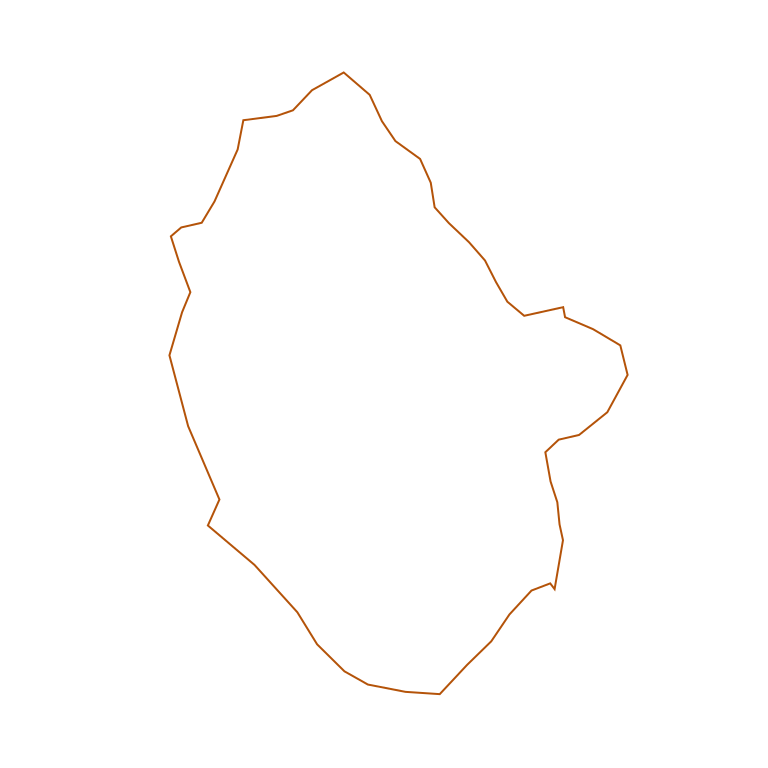 the district of Gurye-gun, South Jeolla, South Korea, rotated 191°
{"feature_id": "91817680B46219646335198", "entity_name": "Gurye-gun", "entity_type": "district", "adm_level": 2, "iso_a3": "KOR", "parent_name": "South Korea", "parent_adm1": "South Jeolla", "projection": "mercator", "projection_center": [127.492, 35.226], "detail": "fine", "context": "isolated", "style": "outline", "palette": "amber", "viewbox_px": 768, "rotation_deg": 191, "n_neighbors": 0, "source": "geoboundaries", "source_scale": "gbopen_adm2", "svg_char_len": 846}
<svg xmlns="http://www.w3.org/2000/svg" viewBox="0 0 768 768"><g transform="rotate(191 384 384)"><path d="M177.4,215.2L178.5,264.8L184.9,279.7L191.3,301.0L201.9,320.1L212.6,347.8L201.9,362.7L182.8,371.2L159.4,398.9L146.6,439.4L159.4,467.0L189.2,477.7L219.0,484.1L222.8,493.6L259.4,477.7L278.6,488.3L293.5,505.4L308.4,524.5L327.6,539.4L351.0,554.3L368.0,567.1L376.5,590.5L391.5,611.8L419.1,624.6L436.2,641.6L439.8,646.6L453.2,665.1L483.0,682.1L510.7,658.7L525.6,635.3L540.5,626.7L572.4,616.1L572.4,586.3L585.2,530.9L593.7,507.5L612.9,499.0L621.4,488.3L608.6,464.9L591.6,437.2L595.9,415.9L600.1,371.2L568.2,305.2L523.5,239.2L529.9,211.5L476.6,181.7L425.5,143.4L400.0,115.7L368.0,94.4L342.5,85.9L304.2,85.9L270.1,90.2L248.8,124.2L229.6,151.9L216.9,181.7L199.8,209.4L182.8,220.0L177.4,215.2Z" fill="none" stroke="#b45309" stroke-width="2"/></g></svg>